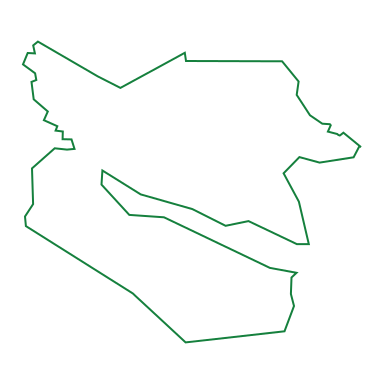 the district of Beaufort, North Carolina, United States of America
{"feature_id": "52423323B44486980116087", "entity_name": "Beaufort", "entity_type": "district", "adm_level": 2, "iso_a3": "USA", "parent_name": "United States of America", "parent_adm1": "North Carolina", "projection": "natural_earth1", "projection_center": [-76.82, 35.478], "detail": "fine", "context": "isolated", "style": "outline", "palette": "green", "viewbox_px": 384, "rotation_deg": 0, "n_neighbors": 0, "source": "geoboundaries", "source_scale": "gbopen_adm2", "svg_char_len": 997}
<svg xmlns="http://www.w3.org/2000/svg" viewBox="0 0 384 384"><path d="M162.1,320.6L185.6,342.4L284.5,331.3L294.0,306.0L290.9,294.0L291.5,277.5L296.5,272.8L269.9,267.9L164.0,217.3L129.3,214.9L101.5,184.6L102.4,170.5L140.7,194.4L192.4,209.1L225.6,225.8L248.5,221.1L296.8,244.1L308.8,244.1L298.9,201.7L283.6,173.3L299.4,157.1L319.6,162.6L353.6,157.3L359.4,146.2L361.0,147.1L343.4,132.7L340.4,135.1L339.8,135.5L339.0,135.2L338.6,135.1L338.4,135.0L337.2,134.0L327.9,131.6L330.7,125.3L330.6,125.2L330.3,124.6L330.1,124.4L329.8,124.2L322.3,123.7L310.0,115.3L296.7,94.9L298.6,81.5L282.1,61.3L281.9,61.3L186.0,61.0L184.8,52.8L160.1,66.3L120.4,87.9L97.8,76.4L37.9,41.6L33.2,45.4L34.9,53.4L27.7,53.0L23.0,64.4L35.1,73.3L36.3,80.0L31.5,81.9L33.7,99.3L47.8,111.5L43.9,120.2L57.3,126.2L55.6,130.6L62.8,131.5L62.6,139.2L71.5,139.4L74.5,148.9L67.0,149.6L54.7,148.3L32.0,168.4L33.1,204.1L25.0,216.5L25.9,226.1L132.9,293.5L135.6,296.1L154.1,313.2L162.1,320.6Z" fill="none" stroke="#15803d" stroke-width="2"/></svg>